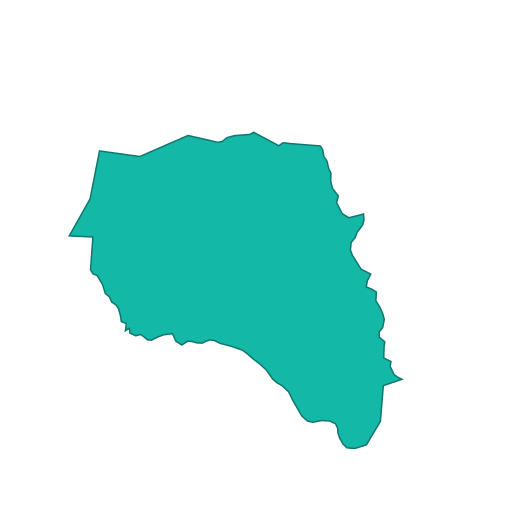 the district of Jardim do Seridó, Rio Grande do Norte, Brazil, rotated 208°
{"feature_id": "56859067B35401844693268", "entity_name": "Jardim do Seridó", "entity_type": "district", "adm_level": 2, "iso_a3": "BRA", "parent_name": "Brazil", "parent_adm1": "Rio Grande do Norte", "projection": "robinson", "projection_center": [-36.831, -6.598], "detail": "fine", "context": "isolated", "style": "filled", "palette": "teal", "viewbox_px": 512, "rotation_deg": 208, "n_neighbors": 0, "source": "geoboundaries", "source_scale": "gbopen_adm2", "svg_char_len": 1633}
<svg xmlns="http://www.w3.org/2000/svg" viewBox="0 0 512 512"><g transform="rotate(208 256 256)"><path d="M321.1,132.5L317.0,132.0L312.6,131.0L308.9,132.5L304.1,139.1L300.5,143.1L293.3,148.2L286.6,143.1L279.7,142.6L276.3,148.7L272.6,150.4L267.7,151.4L262.6,153.8L259.9,157.5L257.0,160.4L253.3,161.8L246.6,162.0L239.6,163.7L234.7,164.8L228.0,165.8L223.5,166.5L217.7,165.5L209.8,163.7L202.4,162.5L194.1,160.4L189.6,158.3L183.3,155.1L177.9,153.9L172.4,153.7L163.4,151.4L155.6,145.7L140.4,136.2L133.2,134.5L127.9,135.8L120.7,141.6L113.5,144.9L107.0,145.2L103.0,142.2L100.9,138.6L96.8,134.6L90.8,130.8L85.7,129.3L78.4,132.4L69.9,141.1L68.5,168.3L82.7,201.3L69.3,215.7L73.2,215.5L78.4,216.1L85.8,221.6L87.3,226.2L95.2,225.9L97.2,229.6L100.5,236.5L102.0,240.7L108.9,242.1L111.6,246.4L110.6,252.5L112.9,260.1L117.0,264.6L122.8,269.1L129.1,272.7L132.8,280.7L138.3,281.1L144.1,280.4L146.1,286.6L146.2,293.9L157.0,293.7L171.4,302.0L175.5,305.7L178.3,312.6L177.0,319.2L177.9,324.2L176.4,333.2L177.6,338.5L180.8,343.6L184.8,339.8L192.0,333.4L199.6,333.8L209.9,340.9L211.4,347.6L220.2,351.6L225.1,357.0L228.7,364.3L232.7,367.2L237.9,373.1L242.8,375.7L247.2,381.4L251.0,383.3L278.4,371.4L285.3,368.7L287.6,364.1L316.2,364.1L318.5,360.5L331.6,352.1L337.0,347.1L339.5,341.5L342.9,338.5L372.6,330.5L405.3,289.3L409.5,287.8L414.7,285.8L443.5,275.3L429.3,228.5L430.3,186.1L408.9,196.2L395.7,166.2L391.6,163.7L387.0,164.2L377.8,158.5L371.4,152.1L366.4,151.2L361.8,147.6L356.4,147.0L352.8,145.0L347.6,139.6L344.1,134.8L338.8,135.5L336.2,128.7L333.9,132.7L331.0,128.7L324.7,129.1L321.1,132.5Z" fill="#14b8a6" stroke="#0f766e" stroke-width="1.5"/></g></svg>